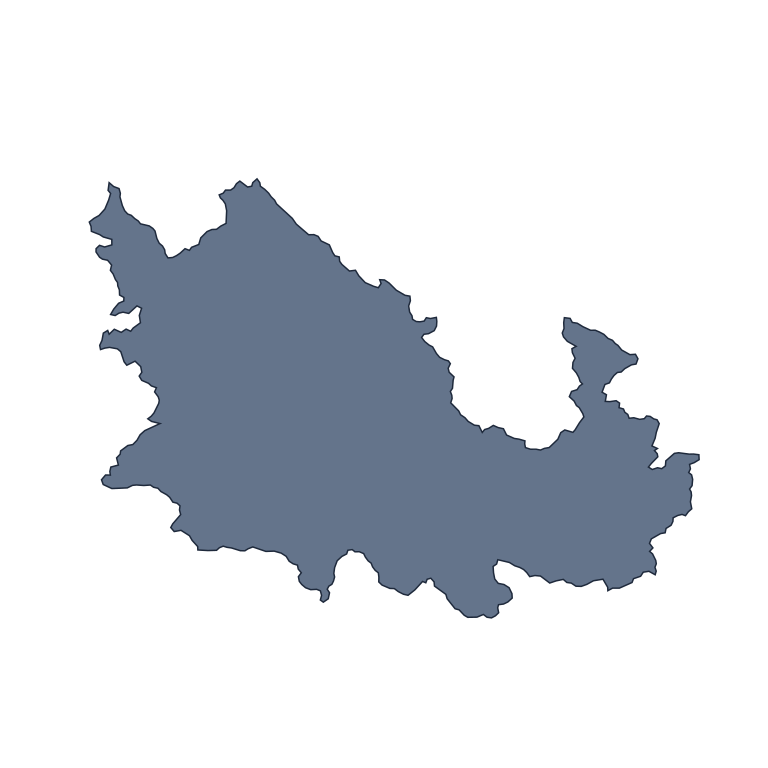 Iporanga, São Paulo, Brazil, rotated 79°
{"feature_id": "56859067B48219000211613", "entity_name": "Iporanga", "entity_type": "district", "adm_level": 2, "iso_a3": "BRA", "parent_name": "Brazil", "parent_adm1": "São Paulo", "projection": "robinson", "projection_center": [-48.552, -24.49], "detail": "fine", "context": "isolated", "style": "filled", "palette": "slate", "viewbox_px": 768, "rotation_deg": 79, "n_neighbors": 0, "source": "geoboundaries", "source_scale": "gbopen_adm2", "svg_char_len": 6161}
<svg xmlns="http://www.w3.org/2000/svg" viewBox="0 0 768 768"><g transform="rotate(79 384 384)"><path d="M158.4,469.5L161.3,474.4L164.6,476.1L164.6,480.3L157.3,486.8L159.2,490.6L162.7,493.8L164.4,497.6L163.4,502.6L166.0,505.4L166.9,509.7L170.1,509.1L172.9,507.1L176.9,505.4L183.9,505.4L196.2,508.4L197.8,514.0L200.2,518.9L199.5,523.4L200.6,528.6L205.6,536.0L211.7,539.2L213.1,546.8L215.7,549.5L213.2,553.5L216.6,559.0L218.4,563.2L219.5,567.3L219.0,572.0L214.1,573.9L210.4,573.7L206.3,575.1L202.9,577.8L197.8,579.2L190.1,579.6L187.2,581.2L184.0,584.3L180.3,592.5L177.1,594.1L174.1,597.1L170.2,599.9L168.2,603.2L164.4,605.5L158.9,606.8L149.9,607.5L146.5,606.4L141.6,606.8L138.6,611.7L133.9,615.4L141.3,617.9L144.8,616.0L150.9,619.2L159.0,624.6L164.2,631.5L166.1,637.2L168.8,642.4L173.4,641.5L178.3,642.1L183.1,634.6L186.1,631.5L190.1,623.6L195.5,624.6L196.2,632.1L193.6,636.8L196.2,640.8L199.4,641.5L205.3,639.0L207.7,636.6L209.8,631.7L215.3,628.7L220.2,630.9L224.3,628.9L230.2,627.7L233.5,626.2L236.9,626.6L241.1,625.8L246.2,626.6L249.4,622.8L252.9,623.6L254.1,629.1L258.9,635.0L263.6,639.1L265.5,634.8L263.9,630.7L263.7,626.5L266.0,621.1L260.2,611.6L263.4,607.5L270.0,611.1L277.4,611.4L281.2,619.5L283.9,622.6L280.9,626.7L283.2,632.1L278.8,638.3L282.7,644.3L278.7,645.0L280.5,649.8L287.4,652.5L291.8,655.7L296.1,655.7L295.5,651.2L295.7,646.4L298.6,639.0L302.1,636.2L312.6,634.9L316.5,632.9L314.1,624.0L320.5,619.5L326.3,619.5L329.5,622.8L334.2,621.1L338.4,615.0L341.5,612.7L344.2,608.1L348.0,610.7L353.4,608.1L357.0,607.7L360.0,608.8L368.5,615.3L371.2,618.6L373.1,622.5L376.4,619.3L380.1,611.4L384.1,627.7L387.3,633.1L392.1,637.2L395.5,642.1L395.5,647.2L399.4,655.3L402.6,656.4L405.5,660.6L412.9,660.2L413.4,668.0L417.5,669.8L421.2,670.0L420.2,674.7L424.1,679.6L429.1,678.8L434.7,671.1L437.0,655.8L435.5,650.2L435.9,646.2L437.8,639.1L438.6,632.6L441.4,629.9L443.2,625.8L447.0,623.5L451.2,618.5L454.3,616.0L459.7,613.8L461.5,609.9L464.7,607.5L468.6,608.8L473.4,608.5L481.0,618.1L484.2,620.7L488.8,618.1L488.9,611.2L495.8,603.9L500.9,602.2L508.0,597.9L511.4,598.4L513.9,588.6L515.3,580.1L513.3,576.8L512.5,572.8L514.4,569.2L515.8,565.1L520.2,556.9L521.2,552.4L519.8,548.8L518.9,543.9L525.8,531.9L527.1,523.7L530.4,517.2L534.5,512.9L539.9,510.9L543.2,507.5L545.3,503.5L549.3,503.5L553.5,501.2L556.8,504.8L561.6,504.8L565.1,503.0L569.0,499.9L571.9,495.2L572.7,489.3L574.9,485.9L579.6,485.6L583.9,487.7L586.6,485.2L584.2,479.7L578.5,477.3L574.6,478.9L571.9,476.7L570.7,473.4L567.8,471.2L564.0,469.3L560.4,469.4L554.8,467.5L548.6,463.7L545.2,458.2L543.7,453.1L540.3,451.2L540.5,446.8L543.2,444.5L543.9,440.3L546.6,436.3L550.4,435.3L554.6,433.3L557.4,430.8L561.3,430.1L565.3,428.2L568.2,425.6L572.7,425.9L577.3,426.9L581.0,424.3L585.8,417.2L586.8,412.9L590.5,409.6L594.1,405.0L596.0,400.7L592.0,393.0L585.2,383.8L587.1,380.9L583.9,378.9L583.6,375.1L587.8,372.6L592.0,373.0L602.3,363.4L606.8,363.0L618.2,357.1L620.0,353.4L626.3,349.4L629.0,346.3L630.6,337.2L629.2,330.4L632.6,327.4L634.1,323.1L632.8,318.8L630.4,315.1L625.4,315.1L622.5,313.7L622.8,308.6L621.6,304.0L618.6,299.0L614.2,298.4L607.8,300.1L603.7,304.5L601.5,309.9L596.5,312.5L590.2,312.5L583.9,311.7L582.2,307.8L578.2,305.8L583.1,295.0L587.4,290.3L590.0,285.7L592.8,282.3L596.4,279.8L600.9,277.7L600.8,272.4L602.4,267.0L611.0,259.3L610.1,252.6L610.0,245.3L613.7,242.4L615.2,238.1L619.1,234.2L620.3,229.0L619.4,223.1L617.1,215.9L617.4,206.3L626.2,203.2L629.6,203.7L628.0,198.6L629.3,191.9L626.2,178.4L622.7,176.2L621.7,168.8L618.2,165.4L618.4,159.7L623.0,154.2L619.6,152.5L615.6,153.0L612.4,151.0L609.0,150.9L602.0,152.8L599.0,155.2L596.2,151.3L591.1,153.8L587.0,151.1L583.6,141.0L583.7,136.4L579.6,134.7L577.4,129.1L574.0,126.6L570.5,125.7L569.1,120.7L568.9,116.3L570.8,113.2L567.5,109.6L565.2,105.7L558.1,105.7L552.2,103.4L548.5,103.1L545.4,104.1L542.6,101.0L536.5,99.2L531.9,99.4L529.1,101.8L525.8,99.4L521.2,99.4L520.4,94.5L518.4,89.1L513.5,88.4L511.8,93.6L511.1,97.7L507.7,107.9L507.5,112.2L513.2,122.0L518.1,123.4L520.1,127.5L518.4,131.5L519.1,137.0L516.0,140.3L513.0,136.7L507.7,129.1L504.6,129.1L500.9,131.2L499.5,127.9L495.9,132.8L489.0,128.2L483.4,125.9L475.4,121.4L471.2,122.8L469.7,125.9L466.6,128.9L465.5,132.4L467.7,135.1L467.5,139.7L464.8,145.2L464.4,149.9L460.4,150.5L457.7,153.0L454.2,153.7L452.1,157.8L447.7,156.4L444.7,159.3L444.4,165.6L443.3,170.1L437.0,167.7L433.7,171.5L426.6,167.2L425.9,162.5L422.6,159.9L419.5,156.6L417.2,152.7L417.5,148.9L414.9,144.8L412.4,137.4L412.5,132.8L407.7,129.9L402.8,131.5L402.1,137.0L396.0,144.2L390.7,147.0L388.4,149.3L384.7,151.4L382.0,155.4L377.2,158.7L374.0,162.7L371.5,166.4L370.7,170.9L365.7,177.8L361.2,182.7L359.5,187.4L355.1,188.8L353.3,194.3L358.1,195.9L363.9,196.7L368.0,199.3L372.0,198.8L377.1,195.9L383.7,188.2L385.2,192.8L389.2,193.1L395.2,191.5L398.9,194.4L404.6,196.0L409.7,193.1L414.7,191.5L419.0,191.0L421.8,189.2L423.3,192.5L426.4,195.5L427.1,201.3L431.8,204.5L437.1,200.6L441.9,199.2L444.4,196.9L451.1,194.5L454.5,194.1L459.2,199.4L465.5,205.2L467.5,207.8L463.6,215.3L465.5,219.8L471.4,223.9L477.9,234.0L477.8,238.9L478.7,243.0L477.0,247.2L476.0,252.6L473.4,257.3L469.7,257.3L466.7,256.5L463.9,262.0L462.3,266.5L457.5,273.4L450.7,275.3L448.6,280.2L445.5,284.6L447.5,289.7L447.9,293.9L450.3,296.8L443.0,298.8L441.7,303.1L436.8,308.5L432.5,311.0L428.8,314.7L424.7,315.8L415.2,322.1L411.2,319.9L408.0,319.6L404.0,320.3L401.3,317.6L393.5,315.4L390.4,313.9L384.9,317.8L380.8,318.0L376.7,315.0L373.6,316.4L371.7,320.0L368.4,324.3L364.1,326.7L356.8,329.2L354.4,332.3L350.1,335.9L345.5,338.2L342.8,335.3L343.1,330.7L341.2,324.5L337.2,321.4L332.6,320.2L328.6,319.9L328.6,325.9L327.0,329.8L329.9,332.6L329.8,336.9L328.8,340.5L326.0,343.6L322.3,343.5L318.3,345.1L312.1,344.9L307.3,342.2L302.7,341.8L300.9,346.5L294.3,354.0L285.9,359.7L282.0,363.6L280.8,368.3L284.8,367.7L288.4,371.2L286.1,375.6L280.9,383.1L273.0,388.1L266.9,390.3L266.5,396.4L258.6,402.5L255.1,404.1L250.7,403.7L248.8,407.8L245.1,409.3L237.0,411.1L231.6,418.4L226.5,420.5L224.0,424.3L223.1,429.5L210.3,439.6L203.9,442.4L186.7,455.1L182.7,456.3L178.6,459.1L174.7,460.8L170.1,464.0L166.3,467.6L162.7,467.5L158.4,469.5Z" fill="#64748b" stroke="#1e293b" stroke-width="1.5"/></g></svg>